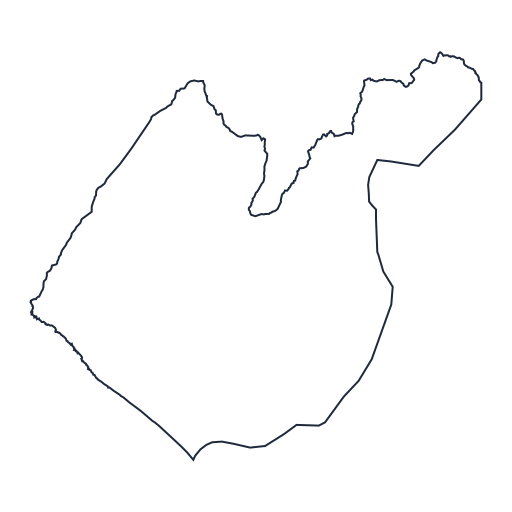 outline of Tacna, Tacna, Peru
{"feature_id": "86281439B72337675709954", "entity_name": "Tacna", "entity_type": "district", "adm_level": 2, "iso_a3": "PER", "parent_name": "Peru", "parent_adm1": "Tacna", "projection": "equal_earth", "projection_center": [-70.307, -17.872], "detail": "fine", "context": "isolated", "style": "outline", "palette": "slate", "viewbox_px": 512, "rotation_deg": 0, "n_neighbors": 0, "source": "geoboundaries", "source_scale": "gbopen_adm2", "svg_char_len": 5849}
<svg xmlns="http://www.w3.org/2000/svg" viewBox="0 0 512 512"><path d="M30.9,300.6L31.0,301.6L30.7,302.0L31.0,302.1L31.2,303.5L32.6,305.5L32.4,306.1L32.8,306.4L33.1,307.8L31.9,310.8L31.0,312.1L31.6,313.4L31.5,314.6L32.0,314.6L32.0,313.9L32.3,313.5L32.3,314.3L34.0,316.1L34.2,317.0L34.5,316.6L34.7,317.1L35.2,316.8L35.6,317.1L35.8,316.8L36.1,317.6L36.5,317.2L37.0,319.1L37.4,318.8L38.3,319.1L38.9,318.6L39.2,319.6L40.6,320.6L41.8,322.1L43.7,321.8L45.6,323.4L45.5,324.2L45.8,324.4L46.1,324.2L47.3,325.0L48.1,324.5L50.1,325.5L51.8,325.4L55.1,327.8L56.0,329.9L55.3,331.2L55.6,332.0L57.8,332.1L58.5,332.4L58.6,332.8L59.3,332.8L60.5,333.8L60.9,334.7L62.7,335.7L63.0,336.3L63.7,336.5L65.8,338.6L66.5,340.8L67.7,341.3L68.1,342.2L69.5,343.0L70.1,343.9L70.8,343.8L71.0,344.6L71.8,344.1L71.8,344.7L72.1,344.8L72.1,345.6L73.6,347.0L73.7,347.8L74.5,348.3L74.4,349.4L74.1,349.4L74.0,349.9L75.1,349.8L75.6,350.9L76.1,350.6L76.8,351.4L76.8,351.8L77.3,352.2L77.5,353.0L78.0,352.5L81.1,355.8L82.0,357.3L81.9,358.7L81.4,358.8L82.2,361.3L83.0,361.1L84.1,362.5L86.1,363.9L86.1,364.7L87.4,365.5L87.6,366.5L88.1,366.9L88.0,367.4L88.3,368.1L88.0,369.1L88.6,369.4L89.2,369.0L89.6,369.9L90.7,370.2L91.5,372.2L92.8,373.1L93.3,374.7L94.5,374.9L95.8,377.2L96.5,378.2L97.1,378.4L97.8,379.5L98.3,379.6L98.5,380.0L101.0,381.5L104.6,384.4L107.2,385.9L107.9,386.6L108.2,387.6L109.0,387.3L109.7,387.7L113.7,390.8L119.6,394.7L121.2,396.2L123.3,397.3L129.3,402.4L140.9,411.0L152.4,420.9L154.8,422.4L159.1,425.9L181.8,447.0L187.2,452.5L193.3,459.8L195.2,455.7L200.5,449.3L206.5,444.8L212.1,442.3L221.8,441.6L233.7,443.8L250.1,447.6L265.1,446.0L284.0,434.1L296.5,424.9L318.8,425.6L321.7,424.1L325.0,422.4L343.9,396.5L358.6,380.9L371.7,359.3L391.3,304.5L392.7,286.8L383.3,271.5L378.5,255.1L377.3,252.0L376.0,218.9L376.0,209.5L372.3,205.6L369.1,201.6L368.8,193.7L368.1,184.8L369.3,177.1L377.3,160.0L391.2,161.5L418.7,165.9L433.7,150.1L454.9,129.7L481.3,99.5L481.3,82.7L480.2,82.2L480.0,81.4L478.9,80.3L478.7,77.3L477.4,75.0L476.3,74.1L475.8,73.0L475.2,72.8L475.4,72.1L475.1,71.2L474.5,70.9L473.1,69.0L471.5,68.7L469.4,67.5L468.2,67.5L467.4,66.6L465.2,65.3L464.0,63.8L463.8,60.8L462.9,59.4L461.2,59.3L460.3,58.2L459.0,57.7L457.8,58.2L456.2,57.7L453.8,56.3L453.2,56.5L452.3,56.2L450.6,56.8L450.1,56.2L449.2,56.4L448.3,55.5L446.9,55.2L445.6,55.5L444.5,55.3L443.4,55.9L441.8,53.4L440.1,52.2L438.4,53.9L438.2,54.9L438.3,56.0L437.4,57.1L436.4,60.1L436.3,61.3L435.0,62.8L432.8,63.2L431.6,62.1L427.1,60.7L424.6,59.4L422.1,60.6L420.5,63.0L419.4,65.4L419.2,66.9L418.8,67.6L414.2,70.5L413.7,71.5L410.9,73.7L411.2,75.2L413.9,78.3L414.2,79.7L412.0,82.7L411.2,83.1L409.2,83.2L408.4,85.6L406.7,86.7L405.5,86.8L403.7,85.3L403.4,83.9L401.2,82.2L400.5,81.1L398.9,80.7L396.6,81.8L392.9,80.0L386.5,80.1L384.2,79.0L382.7,80.0L379.3,80.2L377.1,81.4L375.2,81.2L373.5,80.7L372.4,79.6L370.8,80.2L369.9,78.4L367.8,78.7L366.6,79.8L364.2,80.5L364.0,81.1L364.5,85.5L363.8,86.6L362.4,91.1L361.8,92.0L360.3,93.2L360.7,94.7L360.6,96.6L361.4,98.2L361.4,100.2L360.2,101.9L359.7,103.6L359.0,103.9L358.3,105.4L358.2,106.7L357.1,109.0L357.0,112.1L354.7,114.2L354.3,115.7L353.2,117.5L353.1,118.5L353.7,121.3L352.5,122.1L352.2,123.8L353.2,126.6L353.2,131.0L352.1,133.9L349.7,132.8L348.3,133.2L346.3,133.0L341.8,134.8L338.1,135.8L335.4,135.7L334.5,136.2L333.8,133.9L331.6,132.6L331.2,131.0L330.7,130.9L330.0,131.3L328.8,133.3L327.2,134.0L327.1,135.5L326.1,136.4L324.1,134.4L323.1,134.5L321.7,137.3L321.4,138.5L319.2,139.4L318.0,139.1L317.2,140.0L315.2,145.1L313.6,147.6L311.6,147.4L310.6,149.8L309.1,150.1L308.1,151.2L308.0,151.6L309.1,154.4L309.6,157.0L310.3,158.3L307.8,161.5L307.9,163.8L306.2,166.6L303.4,168.0L299.6,168.3L299.1,168.9L298.5,170.6L297.3,171.3L297.6,174.1L295.8,178.1L295.2,180.6L293.9,180.9L293.5,183.0L291.7,183.5L289.7,187.5L288.9,187.8L288.5,189.1L287.1,190.7L285.0,190.5L283.8,193.0L282.6,193.6L281.9,195.1L281.0,199.2L280.8,200.5L281.0,201.7L277.7,208.8L275.6,210.6L273.6,211.5L272.4,211.6L271.6,212.5L270.2,212.9L269.0,213.9L265.1,214.0L264.0,214.4L261.3,214.1L255.4,216.2L251.1,214.8L250.3,213.2L249.9,211.2L248.8,209.7L248.9,207.8L250.3,206.6L251.4,204.8L251.4,202.8L252.3,201.7L252.8,200.4L252.6,198.8L254.4,196.7L255.8,192.9L257.0,191.9L258.3,190.0L261.7,183.8L263.2,182.0L263.9,180.1L264.4,175.9L264.0,173.6L264.5,169.9L264.4,166.6L265.5,163.0L266.5,161.0L267.3,155.4L267.2,153.8L264.5,150.6L265.0,148.8L264.4,146.4L264.8,144.7L264.7,142.9L265.1,139.3L263.4,138.3L261.7,140.1L260.2,136.8L259.0,135.4L257.8,134.8L256.4,135.5L254.1,135.8L245.3,135.4L241.1,136.9L237.8,136.1L231.9,131.7L230.4,131.1L230.0,130.7L229.7,129.4L228.4,127.9L226.5,127.0L225.9,125.9L224.5,125.0L223.5,123.6L223.5,121.2L222.6,118.7L222.1,115.0L221.5,113.7L220.8,113.6L218.8,114.8L216.6,114.3L216.0,113.3L215.7,110.1L214.5,109.2L213.5,106.1L210.8,104.7L207.4,101.5L207.3,100.0L206.6,96.6L207.0,96.6L207.1,96.0L206.0,95.1L205.3,92.7L204.7,91.8L204.3,88.4L204.7,85.8L204.4,84.4L203.3,82.6L203.1,81.0L200.6,81.0L198.2,81.4L194.3,80.5L190.5,81.3L187.8,83.1L184.6,88.3L183.5,88.6L181.0,88.6L180.6,88.8L179.2,90.8L176.7,90.9L176.4,92.2L175.5,94.3L175.1,97.8L173.1,100.3L172.1,101.1L171.5,103.9L171.0,104.5L167.4,106.5L166.1,107.9L160.4,110.8L154.5,114.9L153.0,115.5L151.4,117.1L151.1,119.0L149.5,121.8L131.2,148.8L119.8,164.3L106.7,179.1L104.9,183.0L104.3,183.8L100.8,186.5L98.4,187.8L96.9,189.6L96.2,191.3L96.0,195.5L94.7,197.1L94.5,198.8L93.2,201.9L91.9,205.9L91.7,207.1L91.7,211.8L81.6,219.2L80.3,223.0L76.3,227.1L75.0,229.8L71.8,233.3L71.4,235.4L70.5,237.9L66.9,242.6L66.1,244.8L62.2,250.1L60.9,253.1L60.9,254.6L59.0,256.7L58.7,258.5L57.3,261.7L57.0,263.6L56.0,264.5L52.0,265.5L51.7,266.1L51.7,267.5L50.1,270.6L47.5,272.1L46.8,273.0L46.9,275.5L46.1,279.1L43.8,281.4L43.4,285.2L43.5,287.0L42.5,290.1L41.8,291.0L39.2,296.5L38.2,296.7L36.3,298.3L36.0,299.1L33.9,299.1L30.9,300.6Z" fill="none" stroke="#1e293b" stroke-width="2"/></svg>